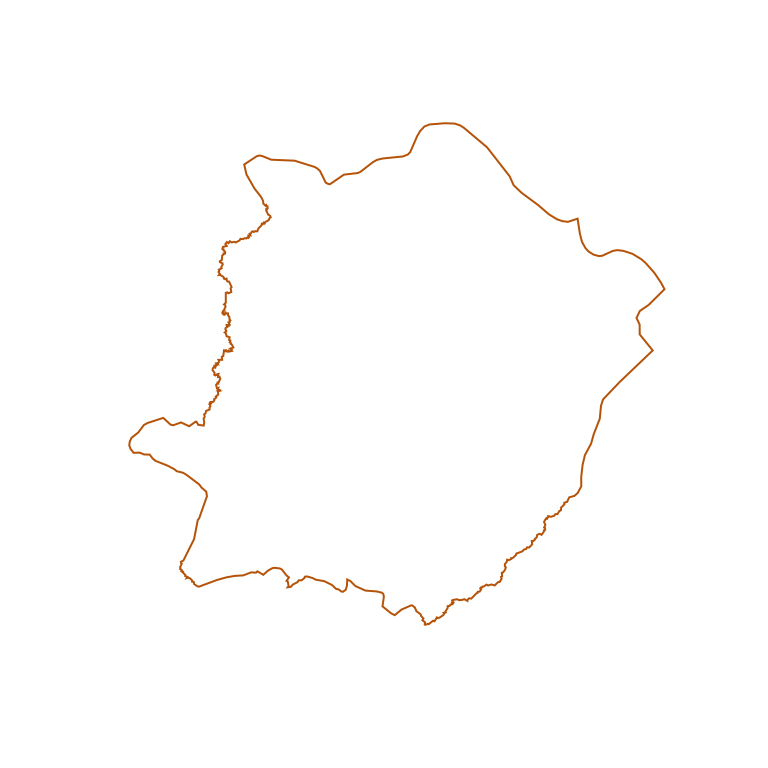 Nong Kung Si, Kalasin, Thailand (Albers equal-area conic projection), rotated 297°
{"feature_id": "78962969B61513284826640", "entity_name": "Nong Kung Si", "entity_type": "district", "adm_level": 2, "iso_a3": "THA", "parent_name": "Thailand", "parent_adm1": "Kalasin", "projection": "albers", "projection_center": [103.282, 16.731], "detail": "fine", "context": "isolated", "style": "outline", "palette": "amber", "viewbox_px": 768, "rotation_deg": 297, "n_neighbors": 0, "source": "geoboundaries", "source_scale": "gbopen_adm2", "svg_char_len": 6166}
<svg xmlns="http://www.w3.org/2000/svg" viewBox="0 0 768 768"><g transform="rotate(297 384 384)"><path d="M469.8,586.2L493.2,593.2L535.9,608.2L544.3,589.3L553.0,584.8L557.5,579.0L565.2,578.8L574.6,583.9L595.8,590.9L599.9,585.0L605.8,574.4L610.6,562.2L612.0,556.7L612.8,546.3L611.3,536.8L609.2,531.1L606.6,527.6L597.3,520.2L595.5,517.4L594.4,511.9L594.9,506.2L596.6,501.7L600.6,495.8L607.0,490.2L619.2,481.4L612.0,474.3L610.1,469.0L609.3,463.2L610.1,453.7L613.4,440.2L616.8,419.8L620.0,409.2L626.1,401.7L641.7,368.3L648.5,339.0L649.0,334.5L648.1,328.7L644.0,319.9L635.9,306.7L631.8,303.1L626.0,301.4L620.0,301.0L602.6,302.1L599.3,301.1L595.3,297.5L584.3,280.4L580.4,275.9L576.6,273.4L562.2,266.6L560.1,264.9L552.3,253.2L537.6,245.2L536.9,243.7L537.0,240.6L544.8,230.2L545.8,226.4L545.9,223.6L542.4,203.0L532.7,181.8L531.8,171.8L531.0,169.2L529.0,167.1L516.1,159.8L508.2,166.4L499.3,180.0L494.9,189.5L492.3,193.1L489.9,194.6L489.2,197.2L489.9,197.7L488.9,198.3L489.4,199.6L487.6,200.6L486.4,199.7L485.9,200.5L485.1,200.3L482.4,203.8L482.1,206.4L481.0,207.4L480.0,206.7L477.7,206.9L474.4,204.7L472.8,204.8L473.1,203.5L471.4,203.4L471.3,202.4L469.7,202.8L465.8,201.5L462.5,201.8L461.8,200.0L460.3,199.0L460.6,197.9L459.7,197.1L457.8,197.0L456.9,196.1L455.7,197.6L454.8,195.8L453.3,197.1L452.6,196.8L452.9,195.9L451.1,195.1L450.6,193.6L449.0,192.5L448.2,190.2L446.4,190.1L442.8,187.7L442.9,186.5L440.9,183.7L441.2,181.8L438.9,181.6L439.2,179.6L436.7,179.1L435.6,181.2L433.0,178.3L430.9,178.7L431.0,180.1L430.1,180.5L429.8,182.2L428.6,183.0L428.0,183.1L427.4,181.8L426.5,182.2L425.1,181.5L420.9,183.2L418.8,182.0L418.1,182.5L418.2,185.3L417.4,186.0L414.3,185.9L413.3,186.8L410.9,184.9L409.7,186.0L408.7,185.7L407.5,187.8L406.2,187.5L406.7,188.3L406.7,191.5L406.0,193.2L405.2,193.5L405.3,194.9L406.4,195.9L404.9,196.9L404.3,198.1L404.9,199.5L401.2,204.2L399.6,203.9L396.6,206.2L394.2,204.2L394.5,202.7L393.3,201.7L384.7,206.1L382.3,205.4L382.4,206.5L381.2,207.6L377.4,207.9L376.9,208.6L375.9,207.4L374.3,207.6L374.4,208.7L373.6,208.4L373.0,209.6L373.3,210.5L373.8,210.5L373.7,209.7L375.6,210.7L375.1,211.3L376.1,212.9L374.3,213.9L373.7,215.7L371.8,216.7L370.9,218.2L370.2,217.7L369.1,218.4L368.3,217.5L366.6,219.8L365.5,219.4L366.0,218.9L365.1,217.0L363.5,218.3L362.0,217.5L360.9,217.7L359.6,219.5L357.6,218.7L357.5,220.0L355.1,222.0L355.6,225.2L352.9,226.0L353.0,227.4L351.2,227.6L351.2,228.7L350.2,229.1L350.2,230.2L348.2,233.2L345.7,231.0L345.5,232.6L344.7,232.2L344.3,233.4L342.4,231.0L342.9,230.4L342.0,230.1L342.3,228.3L341.2,228.3L341.2,227.5L342.0,227.6L341.4,226.1L336.0,228.1L334.7,227.1L332.1,228.8L330.4,225.6L329.5,226.8L327.8,226.9L327.2,226.2L326.3,227.1L326.1,225.7L325.4,226.7L324.0,226.1L324.2,225.4L322.7,226.0L322.7,225.0L321.9,225.6L321.9,224.7L320.1,224.4L318.6,224.9L317.1,227.9L315.1,228.6L315.0,229.8L315.9,230.2L316.1,231.1L317.1,231.0L317.6,231.7L316.7,231.6L316.7,232.2L315.2,232.8L315.8,233.2L315.3,233.8L315.7,234.2L314.4,235.7L310.6,235.9L309.9,235.1L309.0,236.1L308.5,235.2L306.9,234.8L304.4,237.1L305.2,238.0L304.0,238.0L304.0,240.1L302.7,239.2L303.0,240.4L302.0,239.4L299.3,241.1L296.6,239.9L296.4,240.5L295.0,240.5L293.4,239.5L292.2,240.3L290.7,240.0L289.7,238.4L289.4,239.0L288.5,238.8L288.9,238.0L288.3,237.3L286.9,237.6L287.1,238.1L285.0,239.5L283.9,239.2L282.1,240.2L279.3,237.7L276.5,238.3L275.3,237.5L273.6,239.1L271.3,239.0L267.9,241.4L265.1,242.2L263.3,237.0L265.2,234.1L265.0,233.3L257.9,229.6L257.6,220.6L251.6,215.0L250.9,212.2L253.6,202.7L242.1,191.2L238.5,188.7L229.0,187.0L221.6,183.5L217.5,183.6L213.8,184.8L211.2,187.5L209.0,192.1L211.9,197.4L212.3,202.2L214.7,207.3L212.5,211.9L211.8,215.4L213.0,228.4L212.9,235.8L212.2,238.9L213.7,245.3L213.4,249.2L210.6,265.0L208.8,268.6L207.4,274.5L203.6,277.2L180.3,280.3L178.3,279.8L159.6,285.2L135.6,285.4L133.5,283.8L132.4,284.3L132.0,285.4L128.2,285.5L127.5,286.3L126.6,286.3L126.3,288.6L125.1,288.6L125.4,290.3L124.7,290.5L123.6,293.7L122.7,294.0L122.9,296.4L121.5,296.3L122.3,297.1L122.8,299.2L121.8,302.4L120.8,302.7L121.2,304.5L119.6,305.5L119.0,309.6L119.5,311.2L133.8,324.4L140.3,331.5L145.3,338.2L149.6,345.5L155.8,351.1L157.8,355.6L159.6,356.2L159.2,363.1L164.9,365.3L169.3,368.2L170.5,369.9L172.3,374.7L172.4,377.2L169.1,384.2L168.6,387.1L164.3,386.6L164.4,387.8L160.6,390.8L159.2,390.5L160.9,393.0L164.0,393.9L168.2,396.9L170.3,397.1L171.6,399.6L174.7,401.1L176.4,401.0L177.6,402.8L178.7,408.5L178.6,411.8L181.2,420.3L181.3,428.7L179.7,434.4L180.4,436.9L179.7,440.3L180.4,441.9L183.4,443.3L187.6,442.5L193.1,440.0L193.2,443.4L191.0,450.2L191.5,461.2L195.9,471.8L197.1,476.9L196.6,478.7L194.3,480.5L185.2,483.6L182.9,494.4L182.9,498.5L191.1,502.1L199.1,508.7L199.5,509.7L198.9,512.9L196.3,516.0L195.4,521.2L194.1,522.5L192.9,525.6L191.0,525.4L190.3,528.7L188.2,529.5L188.2,530.2L190.3,532.0L190.3,532.9L195.3,535.2L195.5,536.7L200.0,537.1L199.7,537.9L200.9,539.5L205.2,541.8L206.9,541.8L207.2,541.1L208.5,542.7L208.9,542.0L213.3,542.4L215.0,541.6L216.0,543.2L217.4,543.3L218.6,544.6L219.5,544.0L219.7,545.2L220.9,545.2L221.8,543.0L222.6,543.1L225.4,546.9L225.6,549.2L227.0,551.6L228.7,553.1L228.6,556.8L229.6,556.4L231.7,557.1L232.4,559.2L239.5,561.4L240.2,562.2L241.4,561.9L242.5,563.5L245.0,563.8L245.6,562.5L246.7,562.7L247.3,563.8L248.3,563.8L248.8,564.8L251.8,566.4L251.7,568.2L254.1,570.7L254.8,574.1L259.3,575.6L260.2,577.0L263.8,577.2L265.2,575.9L266.2,576.6L269.3,574.7L270.3,575.7L273.7,576.2L276.0,575.7L276.5,574.4L278.4,573.5L281.4,574.1L283.4,573.5L283.7,575.1L285.6,576.7L286.6,576.4L287.1,577.6L291.4,579.2L293.0,578.9L297.6,583.2L299.9,583.8L301.4,585.5L303.5,585.7L304.2,587.6L308.4,588.8L311.2,587.0L311.6,588.1L313.5,589.1L314.3,588.7L316.4,589.7L319.2,589.0L321.2,590.7L321.2,592.9L325.7,593.5L326.2,593.0L327.3,593.8L328.8,592.8L328.8,591.8L331.7,591.8L333.8,589.2L337.6,589.4L337.8,590.4L339.2,590.1L339.7,590.8L340.8,590.3L341.6,593.2L344.0,595.5L345.9,595.8L346.8,597.6L350.5,597.9L351.8,599.0L354.4,597.9L358.6,599.4L360.0,598.5L362.0,600.6L367.1,600.5L370.8,604.5L375.0,606.1L382.4,606.2L391.0,601.8L402.3,597.6L411.9,595.3L424.9,595.6L434.3,593.7L451.1,592.0L463.2,587.2L469.8,586.2Z" fill="none" stroke="#b45309" stroke-width="2"/></g></svg>